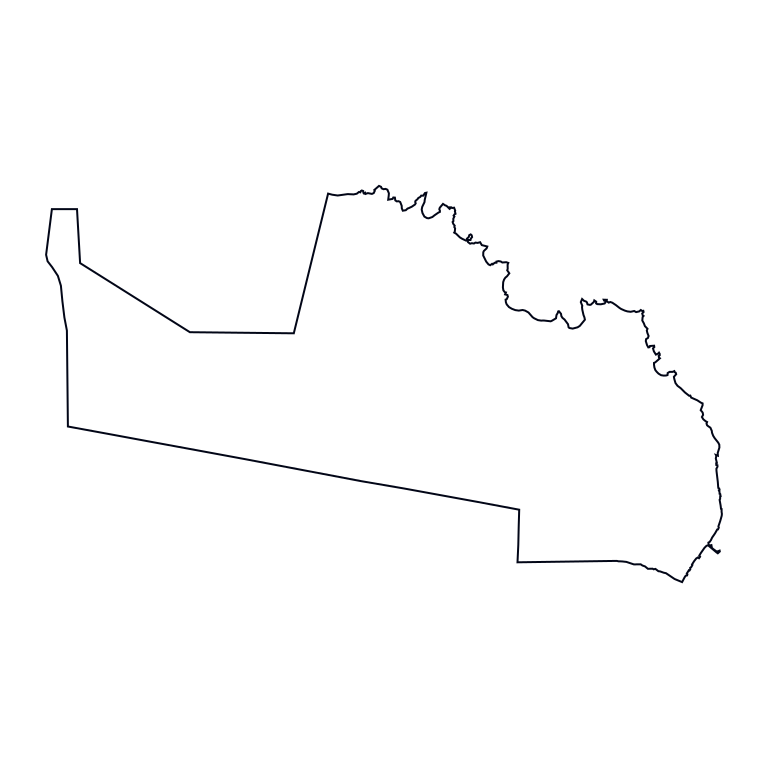 Aleipata itupa i Lalo, Atua, Samoa (Mercator projection)
{"feature_id": "51752279B65562050624331", "entity_name": "Aleipata itupa i Lalo", "entity_type": "district", "adm_level": 2, "iso_a3": "WSM", "parent_name": "Samoa", "parent_adm1": "Atua", "projection": "mercator", "projection_center": [-171.461, -13.991], "detail": "fine", "context": "isolated", "style": "outline", "palette": "ink", "viewbox_px": 768, "rotation_deg": 0, "n_neighbors": 0, "source": "geoboundaries", "source_scale": "gbopen_adm2", "svg_char_len": 5239}
<svg xmlns="http://www.w3.org/2000/svg" viewBox="0 0 768 768"><path d="M149.8,441.6L196.6,450.2L216.1,453.8L245.9,459.3L360.9,481.1L404.1,488.5L477.5,501.9L519.2,509.7L518.7,526.8L518.3,544.9L517.5,562.3L616.8,560.9L618.5,561.3L621.9,561.4L626.4,561.9L633.9,564.4L640.7,564.3L642.4,565.5L645.0,566.4L647.9,568.8L652.6,568.7L653.6,569.3L655.4,568.9L658.4,571.2L660.1,571.4L663.7,572.7L666.0,573.2L674.6,579.0L682.1,582.1L684.6,577.3L685.7,575.7L687.1,575.4L687.4,574.3L686.8,573.5L688.9,570.2L689.5,570.5L690.3,569.3L690.2,567.8L691.3,567.0L692.4,565.0L692.0,564.5L694.1,561.2L696.2,558.5L698.0,557.4L699.0,558.2L700.1,556.7L699.3,555.5L701.0,552.8L704.5,547.8L706.5,545.8L708.1,545.3L716.4,552.3L717.8,553.3L719.8,551.5L719.6,550.6L717.9,551.3L716.3,551.3L712.9,548.8L711.9,547.8L711.4,545.1L709.5,545.5L708.6,544.4L708.4,542.6L709.7,541.9L711.0,540.0L712.1,537.6L715.0,533.4L717.2,529.5L718.0,529.4L718.8,527.6L718.4,526.4L720.2,521.1L721.7,515.8L721.9,513.9L721.6,511.9L721.6,509.0L721.0,508.8L720.6,505.4L719.6,499.8L720.1,499.0L720.2,496.2L720.6,496.1L720.2,494.0L719.6,493.8L719.5,491.7L718.9,490.6L719.6,489.9L719.2,488.5L718.5,488.4L718.2,487.2L717.8,481.9L716.5,471.0L716.4,468.7L717.5,466.7L717.4,465.2L716.3,465.0L716.2,463.2L716.9,462.9L715.8,458.5L716.3,455.8L715.9,455.0L717.9,455.7L717.7,453.0L719.4,447.6L719.3,444.7L718.2,442.6L714.7,438.2L713.2,435.8L712.0,432.7L711.8,430.9L710.4,427.7L708.2,426.2L707.1,425.3L706.5,423.6L707.1,422.0L705.6,421.2L703.3,419.3L701.9,417.0L703.1,414.9L702.7,412.7L702.1,411.8L700.7,410.2L702.6,405.2L702.6,403.4L700.8,402.6L697.3,400.3L691.2,397.6L690.3,395.6L689.2,395.8L685.0,392.5L680.7,388.2L677.5,385.8L675.5,383.1L674.3,379.0L673.9,376.8L676.2,374.2L675.7,372.7L674.7,372.2L674.3,371.1L672.5,371.9L669.5,371.9L667.7,373.0L667.5,375.1L666.1,375.5L663.7,375.6L661.1,375.2L658.5,373.6L656.8,371.9L655.4,370.2L654.4,367.5L654.0,364.6L654.0,362.9L655.2,362.4L659.9,358.3L659.0,357.6L658.7,355.9L659.7,355.3L659.7,353.9L659.0,352.7L658.4,353.4L655.9,354.6L653.9,351.4L653.0,348.4L654.3,347.1L654.1,345.7L650.0,346.0L649.5,347.2L648.3,347.4L647.0,345.0L645.8,341.1L646.1,339.1L647.9,338.0L648.6,336.0L647.4,333.0L646.8,330.5L647.5,328.8L644.9,326.1L643.9,323.4L642.3,320.5L642.6,317.1L643.5,316.0L642.8,315.6L642.2,313.5L643.6,312.0L643.3,310.8L642.2,311.0L640.8,310.0L639.2,311.4L636.1,312.1L634.2,311.0L630.7,311.8L627.4,311.4L624.8,310.6L621.2,309.0L619.6,308.0L615.9,305.1L612.3,302.7L610.3,302.0L608.7,302.6L606.6,301.1L606.8,299.8L603.7,299.7L604.1,300.6L605.6,301.0L605.4,302.4L604.6,303.5L600.8,304.3L597.2,304.1L596.1,303.4L596.2,301.7L594.3,300.4L593.9,301.9L590.8,304.7L589.9,304.9L587.5,304.4L586.9,302.3L586.0,301.5L584.0,300.8L582.1,299.0L580.8,302.1L582.3,305.8L582.0,307.0L582.3,309.7L583.5,315.0L584.4,317.3L584.9,319.7L579.8,325.9L577.6,327.3L572.7,328.6L569.4,328.0L568.6,327.3L568.0,324.2L564.5,319.5L562.5,317.9L561.4,316.2L561.0,313.8L558.9,311.2L558.2,311.4L557.7,313.1L556.5,315.0L556.0,318.3L552.0,320.7L550.7,321.3L543.7,320.5L541.1,320.6L537.9,320.1L534.0,318.2L532.5,317.1L528.5,312.5L525.1,310.6L522.6,310.0L518.8,310.6L515.3,310.1L511.9,308.8L509.0,307.1L506.7,304.4L505.9,302.3L505.6,299.6L506.7,299.2L507.9,296.7L507.4,295.0L505.1,294.4L505.9,292.5L504.9,292.3L503.4,290.4L502.9,287.4L503.2,282.1L504.1,279.5L505.4,277.6L507.0,276.3L509.3,273.3L507.2,270.3L507.7,268.9L507.6,264.7L508.3,262.9L506.2,262.2L502.3,262.5L500.8,261.5L498.5,261.1L496.4,261.6L496.4,262.7L494.6,262.8L492.8,264.4L492.1,263.8L490.2,265.2L488.5,264.4L486.2,261.6L483.2,255.5L483.3,252.2L483.9,250.9L486.6,248.4L487.3,246.5L481.8,245.1L480.1,242.2L477.7,242.9L475.4,242.6L474.0,243.5L471.8,243.2L470.1,243.7L468.0,242.1L467.7,241.3L468.3,240.0L470.5,240.0L470.9,238.5L472.1,237.1L471.7,235.3L470.7,234.4L469.3,235.1L468.7,237.1L466.9,238.7L467.2,239.7L466.0,240.6L462.2,238.8L459.9,237.4L456.1,233.7L454.2,232.6L454.8,231.6L455.1,228.4L454.3,227.0L454.7,225.7L453.3,223.9L452.6,222.0L453.4,221.1L453.3,218.7L454.4,216.5L453.6,215.7L454.5,214.3L455.5,213.8L454.9,211.3L455.2,210.7L454.1,207.7L452.2,208.0L451.3,207.3L449.7,207.3L450.2,208.4L449.6,208.9L446.5,205.8L445.2,205.4L443.0,203.9L439.8,207.7L439.3,209.2L439.9,210.6L439.9,211.9L438.4,212.6L434.5,215.3L432.4,217.0L428.7,218.3L427.0,218.1L424.4,216.6L422.5,213.1L421.7,209.6L422.2,206.9L424.5,202.1L424.7,200.0L426.4,192.7L425.0,193.0L423.1,195.7L421.2,195.6L420.3,196.9L418.3,198.0L417.5,199.2L415.5,200.9L415.2,202.0L415.7,203.3L415.0,204.5L411.8,206.7L408.4,208.3L407.6,208.5L405.8,210.2L402.8,210.7L401.8,208.3L401.7,205.8L400.2,202.0L398.6,201.2L396.8,201.4L395.3,200.4L394.9,197.6L393.3,197.5L392.6,198.9L388.2,199.7L388.7,195.9L388.9,193.3L387.4,189.7L385.6,188.9L383.5,189.2L381.7,188.4L381.0,186.8L379.0,185.9L374.3,190.0L374.8,190.8L373.7,193.1L371.9,193.9L367.9,193.1L365.6,193.9L365.2,192.8L364.1,193.6L363.4,192.8L363.2,191.0L361.8,190.5L360.8,191.1L360.3,192.3L358.9,192.0L356.8,193.7L353.6,194.4L347.7,194.1L337.7,195.5L332.2,194.7L328.1,193.6L293.8,333.3L189.9,332.2L165.6,316.9L127.8,293.1L80.1,263.1L77.0,209.1L51.9,209.1L46.1,254.8L47.6,261.3L52.1,267.1L57.9,275.9L60.9,285.7L62.4,301.2L64.4,317.5L66.9,330.6L67.9,426.5L113.1,434.8L134.1,438.7L149.8,441.6Z" fill="none" stroke="#020617" stroke-width="2"/></svg>